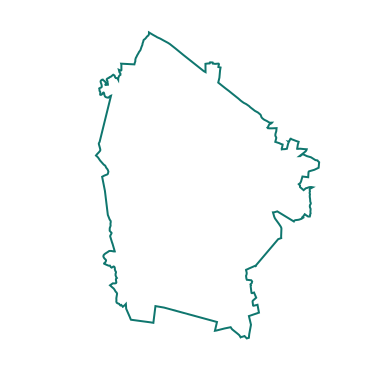 Damascus, Damascus, Syria (orthographic projection), rotated 287°
{"feature_id": "27442178B22471987034404", "entity_name": "Damascus", "entity_type": "district", "adm_level": 2, "iso_a3": "SYR", "parent_name": "Syria", "parent_adm1": "Damascus", "projection": "orthographic", "projection_center": [36.287, 33.515], "detail": "fine", "context": "isolated", "style": "outline", "palette": "teal", "viewbox_px": 384, "rotation_deg": 287, "n_neighbors": 0, "source": "geoboundaries", "source_scale": "gbopen_adm2", "svg_char_len": 5907}
<svg xmlns="http://www.w3.org/2000/svg" viewBox="0 0 384 384"><g transform="rotate(287 192 192)"><path d="M187.0,106.1L185.2,106.2L184.7,106.2L184.0,105.8L182.1,103.4L180.3,101.6L167.6,108.4L145.5,118.2L141.5,121.4L140.7,122.5L140.0,122.9L139.3,123.1L137.8,123.3L136.0,124.0L135.4,124.0L133.4,123.9L131.2,124.5L130.8,124.7L130.1,125.8L129.5,126.8L129.4,127.0L129.1,127.1L128.9,127.1L126.2,126.6L125.7,126.7L119.9,130.6L119.8,130.8L112.6,135.5L112.4,135.0L112.3,134.5L112.0,131.9L111.6,130.6L111.3,130.0L110.0,129.0L107.8,127.1L106.9,126.5L105.8,126.0L104.7,126.0L104.0,126.4L103.3,127.1L102.7,127.9L102.6,128.1L102.1,129.2L101.6,129.7L101.1,129.9L100.3,129.8L99.3,129.6L98.7,129.3L98.3,128.9L98.0,128.8L97.7,129.0L97.2,133.2L97.2,133.9L97.6,135.0L96.4,136.4L96.2,137.3L97.8,138.7L97.8,139.5L96.8,140.4L95.3,140.9L94.1,141.8L93.4,142.6L92.5,142.9L91.6,142.8L90.1,143.2L88.7,144.2L87.8,145.3L87.1,144.8L86.1,144.8L85.2,145.2L84.2,145.7L83.3,146.1L82.6,145.9L82.0,144.9L81.5,143.0L78.8,140.9L77.7,143.2L76.8,145.3L76.0,146.4L74.4,148.1L73.8,149.3L72.8,150.1L68.3,150.7L66.3,151.4L65.0,151.7L64.1,152.4L63.8,153.6L63.7,155.1L63.3,155.5L62.6,156.7L63.3,157.4L62.0,159.4L64.3,160.9L65.6,161.5L61.1,163.2L53.4,169.8L53.0,170.0L52.0,171.0L55.2,190.3L55.6,193.3L72.2,190.4L73.3,199.1L75.0,253.9L66.0,254.5L66.7,255.9L71.0,263.0L74.0,268.5L72.7,270.1L72.3,270.8L69.8,277.1L69.0,278.9L68.6,279.5L67.2,281.0L68.0,281.8L68.2,282.4L69.6,284.3L69.5,284.5L68.0,287.2L69.2,289.0L72.8,288.3L82.3,287.2L90.0,282.7L96.2,291.3L103.3,287.6L101.2,284.1L101.2,283.8L101.3,283.6L104.8,282.0L105.5,281.9L106.1,282.1L109.7,284.3L114.0,280.7L112.8,279.0L112.8,278.7L112.9,278.4L119.1,275.6L119.5,275.5L119.9,275.7L120.8,274.9L122.2,275.7L124.0,275.7L124.9,274.5L124.1,270.1L125.2,269.3L127.6,268.2L128.9,268.3L129.6,268.2L130.2,268.1L131.2,267.7L133.3,266.4L133.5,266.5L134.3,267.6L135.2,268.5L140.1,274.2L139.8,274.6L140.1,274.8L140.5,274.6L172.1,288.2L174.0,290.8L174.7,290.5L176.0,290.1L183.2,288.2L184.1,287.7L185.1,286.7L186.9,284.5L190.9,279.2L191.3,278.8L192.5,277.8L196.2,275.4L196.6,276.5L197.9,278.5L198.4,279.2L193.6,298.0L194.4,298.1L195.0,298.7L195.4,299.3L196.4,301.6L196.9,302.5L198.5,304.7L198.9,304.9L199.9,305.8L200.2,304.9L201.7,305.7L203.7,306.3L203.2,307.7L202.5,310.2L203.0,311.8L204.1,311.8L204.4,311.7L205.2,311.5L206.1,311.7L207.7,311.0L210.4,310.4L210.9,310.1L211.4,309.6L212.0,309.2L212.6,308.9L214.0,308.6L214.8,308.9L216.0,308.9L216.3,308.7L217.4,307.9L220.0,306.9L221.6,306.1L222.8,305.7L224.2,305.5L224.5,305.4L224.8,305.1L225.4,304.8L226.2,304.6L227.1,304.6L227.8,304.2L228.9,303.8L229.2,303.8L229.6,303.9L231.8,306.1L231.6,304.5L231.0,302.9L230.7,302.4L229.6,301.0L228.8,299.7L226.4,298.2L228.3,293.9L229.3,293.5L229.8,293.4L230.7,291.8L232.2,292.9L233.9,293.2L239.1,293.1L240.1,298.8L245.1,297.6L246.0,297.9L249.0,302.5L252.2,306.0L257.6,304.9L258.6,303.0L258.9,302.7L258.6,300.7L260.0,295.6L259.9,291.5L260.6,286.8L257.9,284.9L257.7,284.3L262.2,287.5L264.2,288.8L265.2,289.1L265.8,289.2L266.4,289.2L265.7,286.2L265.1,283.0L264.5,281.3L264.2,280.7L264.1,279.9L265.8,279.7L267.9,279.4L268.8,279.3L269.7,279.4L271.2,279.3L271.2,277.6L271.6,271.7L271.9,270.9L271.7,270.6L268.8,270.1L268.8,269.9L268.2,269.8L268.2,269.6L268.0,269.9L266.1,269.8L261.1,270.1L260.2,268.4L259.4,266.1L259.0,265.4L259.7,265.1L260.0,265.1L262.5,265.0L263.9,264.8L264.0,262.2L264.2,261.8L264.3,257.0L268.2,256.8L268.8,256.6L270.0,255.4L270.4,255.2L271.0,255.0L272.2,254.8L274.8,254.8L277.8,254.2L276.1,249.4L275.6,247.8L275.4,246.6L275.2,246.1L275.6,245.3L276.4,245.7L278.2,245.9L279.0,246.1L279.5,246.4L281.0,247.9L281.7,248.2L281.4,247.3L281.1,246.6L281.0,246.3L281.0,245.8L281.8,242.7L282.2,240.0L282.8,238.4L283.1,237.7L283.7,236.7L285.7,235.2L286.0,234.8L286.3,234.2L287.3,231.8L288.0,228.4L290.1,222.9L290.8,221.6L291.0,221.0L291.9,218.2L292.1,217.1L292.4,215.4L293.1,213.3L293.7,211.7L294.9,209.1L297.9,201.5L299.4,197.8L300.9,193.7L304.3,185.1L309.3,184.8L316.4,183.3L319.4,182.9L319.2,180.7L320.2,180.5L321.7,180.5L322.1,180.4L322.5,180.0L322.5,179.7L321.3,176.7L321.1,175.4L320.9,174.4L321.8,174.0L321.9,173.9L321.3,171.4L321.1,171.2L320.4,171.4L320.1,171.3L319.3,169.0L318.5,167.4L310.6,169.9L311.0,168.0L320.4,144.0L324.3,134.5L327.0,127.6L327.6,125.5L328.6,120.5L329.4,116.8L329.8,113.4L330.1,112.4L330.8,109.1L332.0,104.2L330.4,104.7L328.9,104.5L327.7,103.6L327.1,103.3L326.5,103.2L324.8,102.4L324.0,101.9L323.6,101.5L323.1,101.3L322.6,101.3L321.9,101.4L319.4,101.3L318.5,101.5L317.9,101.5L316.3,101.3L312.9,101.2L312.3,101.1L310.1,100.3L309.1,100.2L306.7,99.6L305.1,99.4L304.0,99.1L303.4,99.1L302.2,99.1L300.3,99.6L298.9,99.5L297.2,99.6L294.1,87.1L294.0,86.7L293.2,87.2L288.1,88.8L287.7,88.8L287.5,88.7L287.2,88.3L287.5,86.3L285.2,87.7L284.4,88.9L283.1,89.3L282.4,88.7L281.3,88.3L279.3,88.2L277.8,88.6L278.4,88.0L279.1,87.5L279.0,87.0L278.7,86.1L278.7,85.8L279.2,85.1L279.5,84.7L280.7,83.9L280.9,83.5L280.8,82.6L281.0,82.3L278.9,80.9L278.4,80.6L278.1,80.1L277.6,79.5L277.3,79.5L276.8,79.1L275.8,77.9L275.4,77.7L274.9,77.5L274.1,77.9L273.3,78.7L272.9,79.0L272.3,79.1L271.3,79.6L271.1,79.8L270.0,80.2L269.8,79.7L269.8,79.2L269.2,78.5L269.1,78.1L269.2,77.8L269.5,77.7L270.5,78.3L271.2,77.8L271.9,76.8L272.5,75.8L273.0,74.3L273.4,73.9L273.2,73.3L272.6,72.8L272.1,72.4L271.2,72.2L270.1,72.7L268.4,74.0L267.0,74.7L266.3,74.9L265.7,74.8L265.2,74.4L264.9,73.9L264.3,73.4L263.9,73.0L263.1,73.5L261.7,74.0L261.1,74.8L260.4,75.2L258.3,75.7L258.2,76.5L258.8,77.1L259.6,77.6L260.8,77.9L261.2,78.2L261.2,78.6L260.5,79.2L259.4,79.7L258.0,80.8L257.6,81.6L257.5,82.7L257.7,84.3L260.0,85.9L260.4,86.4L213.0,89.0L211.4,88.7L211.1,88.7L210.6,88.9L206.5,91.5L205.5,92.0L204.7,92.1L202.9,91.4L200.1,90.0L198.8,89.5L197.8,91.6L197.5,92.1L196.3,93.6L195.3,94.8L193.7,97.4L192.3,99.7L192.2,100.2L192.0,100.8L191.8,101.3L190.1,102.9L189.1,104.4L188.7,104.8L188.0,105.4L187.0,106.1Z" fill="none" stroke="#0f766e" stroke-width="2"/></g></svg>